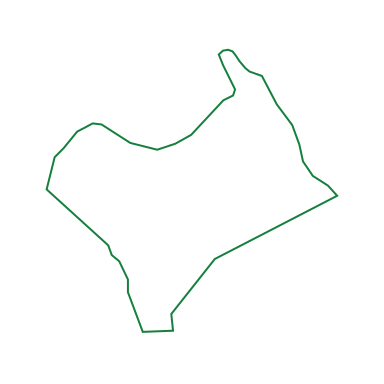 Kanal, Albers equal-area conic projection, rotated 190°
{"feature_id": "SVN-1028", "entity_name": "Kanal", "entity_type": "Municipality", "adm_level": 1, "iso_a3": "SVN", "parent_name": "Slovenia", "parent_adm1": "", "projection": "albers", "projection_center": [13.646, 46.088], "detail": "fine", "context": "isolated", "style": "outline", "palette": "green", "viewbox_px": 384, "rotation_deg": 190, "n_neighbors": 0, "source": "natural_earth", "source_scale": "10m", "svg_char_len": 635}
<svg xmlns="http://www.w3.org/2000/svg" viewBox="0 0 384 384"><g transform="rotate(190 192 192)"><path d="M48.4,213.5L157.9,130.0L191.2,68.3L186.6,52.1L216.2,45.7L237.7,82.2L239.9,94.7L251.6,111.1L260.1,116.0L265.2,124.9L335.6,169.3L333.3,202.4L326.0,212.9L315.6,231.5L301.7,242.3L292.8,242.8L261.3,229.6L233.6,227.6L216.6,236.8L202.7,248.2L177.0,287.8L168.3,294.2L167.4,300.5L183.3,322.1L189.5,332.1L186.0,336.6L181.3,338.3L176.6,337.6L172.6,334.0L168.1,329.2L160.9,323.2L156.3,320.6L143.3,318.4L123.7,293.0L104.9,275.3L94.5,257.3L88.0,241.4L75.8,228.8L59.2,221.9L48.4,213.5Z" fill="none" stroke="#15803d" stroke-width="2"/></g></svg>